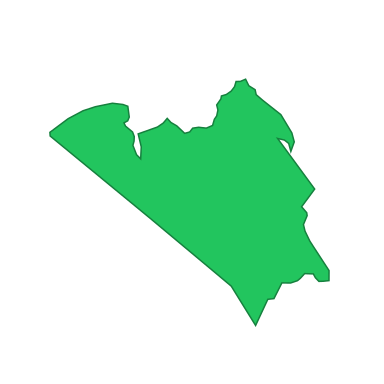 Três Cachoeiras, Rio Grande do Sul, Brazil, rotated 100°
{"feature_id": "56859067B71322436842638", "entity_name": "Três Cachoeiras", "entity_type": "district", "adm_level": 2, "iso_a3": "BRA", "parent_name": "Brazil", "parent_adm1": "Rio Grande do Sul", "projection": "equal_earth", "projection_center": [-49.987, -29.489], "detail": "fine", "context": "isolated", "style": "filled", "palette": "green", "viewbox_px": 384, "rotation_deg": 100, "n_neighbors": 0, "source": "geoboundaries", "source_scale": "gbopen_adm2", "svg_char_len": 1110}
<svg xmlns="http://www.w3.org/2000/svg" viewBox="0 0 384 384"><g transform="rotate(100 192 192)"><path d="M312.4,106.2L284.5,98.7L282.8,92.8L265.9,87.7L264.5,79.1L261.0,72.7L258.3,70.4L252.8,66.9L251.6,58.3L255.0,55.6L258.0,51.5L257.1,47.3L255.5,41.7L245.6,43.4L224.9,62.8L219.8,67.5L210.9,73.9L204.7,76.6L195.3,74.5L192.5,75.4L187.5,81.5L167.8,71.7L127.2,114.1L124.4,117.0L124.8,110.0L127.4,105.2L134.9,101.7L124.9,100.0L116.5,103.9L100.4,117.9L89.4,138.3L85.0,145.7L80.3,147.6L77.5,154.5L71.6,158.8L74.7,163.6L75.5,167.8L80.9,168.4L85.8,170.9L90.0,175.1L92.3,179.7L95.3,179.7L102.0,182.8L106.8,180.7L112.8,180.9L116.5,182.6L122.9,183.3L126.6,189.0L127.1,196.7L129.0,202.4L133.3,204.7L135.5,209.4L129.5,218.5L127.2,224.8L123.8,229.2L129.1,232.3L134.0,237.3L144.1,255.1L156.4,249.8L168.3,248.3L164.9,253.1L156.3,258.3L152.0,257.9L147.4,258.5L143.2,261.0L138.7,268.9L135.7,271.0L133.1,267.7L129.1,266.8L118.7,270.1L117.8,275.2L118.4,285.8L124.8,302.0L130.9,313.4L141.3,326.7L157.9,342.3L161.5,341.4L224.4,230.0L265.9,157.8L277.9,137.0L312.4,106.2Z" fill="#22c55e" stroke="#15803d" stroke-width="1.5"/></g></svg>